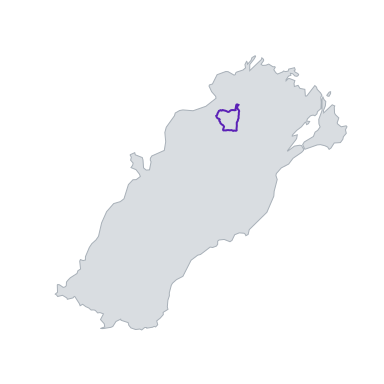 Isparta on a map of Turkey (orthographic projection), rotated 135°
{"feature_id": "TUR-2275", "entity_name": "Isparta", "entity_type": "Province", "adm_level": 1, "iso_a3": "TUR", "parent_name": "Turkey", "parent_adm1": "", "projection": "orthographic", "projection_center": [30.888, 37.933], "detail": "fine", "context": "in_parent", "style": "outline", "palette": "violet", "viewbox_px": 384, "rotation_deg": 135, "n_neighbors": 0, "source": "natural_earth", "source_scale": "10m", "svg_char_len": 4647}
<svg xmlns="http://www.w3.org/2000/svg" viewBox="0 0 384 384"><g transform="rotate(135 192 192)"><path d="M292.0,126.0L297.5,127.3L299.0,125.6L303.8,125.3L308.1,125.8L310.1,122.4L313.1,122.3L313.9,123.8L315.4,124.2L320.3,127.7L319.9,128.2L321.2,129.6L325.1,130.0L325.8,132.0L329.1,134.6L331.3,139.1L330.9,142.5L329.5,144.8L332.9,151.5L332.3,152.5L337.3,154.2L343.1,152.9L345.1,153.7L351.6,158.4L353.3,160.3L349.1,158.3L347.2,160.9L346.9,166.5L340.8,168.4L342.3,171.8L344.2,173.2L344.1,176.7L344.8,178.0L346.8,179.9L347.0,183.0L348.2,186.1L348.7,189.9L351.5,190.7L350.6,192.7L348.8,200.8L349.1,201.4L351.1,201.3L356.0,204.3L355.4,205.6L356.6,210.5L360.9,213.1L360.6,214.9L360.9,216.5L358.0,216.2L353.0,221.5L352.3,221.5L351.3,220.0L350.5,215.6L349.0,214.7L347.2,214.6L344.4,217.1L341.5,217.4L338.7,217.4L330.9,215.7L328.3,217.0L325.3,216.3L320.3,222.5L318.7,223.1L317.5,220.5L315.4,219.3L313.1,221.6L303.8,225.4L299.4,226.3L293.9,226.0L289.4,226.8L277.7,234.1L266.2,238.5L255.6,239.2L249.5,235.9L244.9,235.3L231.7,242.2L225.1,242.4L222.7,240.2L217.5,239.5L216.5,241.9L215.8,247.4L217.9,252.4L215.0,252.9L213.2,254.1L212.9,257.9L210.3,259.5L209.6,261.9L209.1,262.0L204.7,260.3L205.8,258.4L202.8,251.5L204.0,249.3L209.2,243.3L208.9,239.9L206.4,237.7L199.6,242.3L199.0,244.0L197.5,245.3L194.9,245.9L182.2,241.0L175.1,246.1L169.1,253.3L164.4,256.0L150.5,258.3L148.0,259.7L143.2,258.4L140.4,256.5L133.8,248.7L121.6,242.8L108.8,241.3L107.6,242.9L107.2,249.0L105.1,254.8L104.0,255.4L101.2,253.9L91.3,257.2L82.9,253.3L81.4,251.6L79.6,244.9L78.4,244.4L77.1,245.3L75.6,245.2L69.7,242.2L66.4,241.9L64.4,244.7L61.1,245.8L61.1,244.9L62.4,243.1L57.3,243.3L54.6,244.6L51.0,243.7L51.2,242.9L54.2,242.1L61.0,241.3L65.4,237.0L49.3,236.6L47.7,237.5L47.6,235.2L48.5,234.2L52.8,233.5L52.6,231.6L50.1,229.4L47.3,228.2L46.2,223.3L44.8,222.0L45.0,221.3L47.7,220.6L48.4,217.1L48.1,214.9L43.0,212.8L41.8,212.9L40.7,211.0L38.5,209.5L36.7,210.5L31.6,207.4L32.7,205.3L34.0,205.5L34.3,203.8L33.4,201.0L33.6,199.6L34.7,199.3L36.0,199.6L37.2,201.3L37.2,204.5L38.5,206.4L39.5,204.6L41.8,205.7L46.1,204.9L46.9,204.1L43.8,204.1L42.8,203.3L40.5,198.0L43.1,196.6L45.0,194.2L41.6,192.4L42.4,188.9L39.6,184.8L43.8,179.9L43.7,179.1L42.4,178.8L29.9,180.4L29.8,178.1L30.9,176.1L31.0,171.2L31.7,168.6L34.0,167.9L37.0,164.2L41.8,159.8L46.5,160.1L48.4,158.9L51.2,159.0L52.0,160.8L54.4,162.1L58.7,162.1L60.8,161.0L58.9,158.7L61.4,158.0L63.3,158.6L62.2,161.0L62.8,161.3L68.4,160.7L74.3,161.5L80.8,161.3L81.6,160.6L77.1,158.0L80.1,155.9L81.7,155.5L95.3,153.7L95.4,153.2L87.1,152.0L82.9,149.0L81.7,147.4L82.7,143.6L83.6,142.6L86.5,142.5L96.7,144.4L103.9,143.4L111.8,145.9L119.4,145.4L121.0,144.3L122.9,140.6L133.4,134.4L137.1,131.2L153.4,124.7L178.1,124.9L182.3,122.3L184.8,123.0L184.2,124.6L184.4,126.1L187.5,129.7L192.0,131.6L198.0,129.5L200.3,130.0L202.8,135.7L206.8,138.9L208.6,139.1L210.8,136.9L213.0,136.5L216.7,138.2L218.1,140.2L230.1,141.8L232.7,143.3L240.9,144.4L258.1,138.8L264.9,141.0L270.3,141.3L272.6,140.7L279.4,136.7L281.4,134.6L285.6,132.5L290.7,128.2L292.0,126.0ZM64.9,125.2L64.3,127.8L65.3,130.7L67.7,134.7L70.1,136.7L82.0,142.4L80.2,147.3L77.2,148.0L66.9,145.4L62.6,147.3L59.6,146.7L55.4,147.4L54.1,150.4L51.0,153.7L42.5,157.6L34.4,165.7L32.2,166.7L33.3,163.9L33.4,161.4L36.8,158.6L41.6,156.6L42.9,154.8L31.2,154.5L30.2,151.9L31.4,151.4L35.4,147.0L35.9,145.2L35.8,140.6L40.5,138.2L40.9,137.1L40.4,132.6L36.2,129.8L36.3,128.5L39.5,127.5L41.4,124.4L45.9,124.0L48.1,122.6L52.1,122.0L56.8,126.1L62.6,124.8L64.9,125.2ZM28.3,165.1L24.3,165.6L23.1,164.9L24.4,163.6L27.5,162.8L28.4,164.2L28.3,165.1Z" fill="#d9dde1" stroke="#a8b0b8" stroke-width="1"/><path d="M119.7,206.1L120.2,207.7L121.6,208.9L122.7,210.3L123.9,211.3L124.5,211.5L124.9,212.1L126.2,213.3L126.1,214.0L125.0,214.7L123.7,215.2L123.1,215.6L122.8,217.1L123.2,218.8L123.2,220.6L122.5,221.8L122.4,222.9L121.9,223.6L121.1,223.8L121.1,224.6L121.5,225.3L121.8,226.1L121.6,227.5L121.1,228.7L120.2,228.6L119.3,228.9L118.4,229.5L117.5,229.7L115.6,230.3L114.0,229.7L113.8,229.0L113.4,228.5L112.9,228.4L112.6,228.5L112.2,228.1L112.1,227.7L111.0,226.0L110.5,224.9L109.9,223.1L108.9,222.5L107.7,222.5L106.5,222.2L105.7,221.6L105.0,220.9L104.2,219.8L103.3,219.1L102.5,220.0L102.0,220.3L101.5,220.6L99.5,222.0L98.8,222.3L98.2,222.1L97.8,221.4L97.6,220.7L99.0,220.6L100.3,219.9L100.9,218.8L101.1,216.5L101.5,215.8L102.7,215.1L104.3,213.5L105.0,213.1L105.9,212.3L106.8,211.3L107.5,211.0L108.2,210.8L109.2,210.0L109.5,209.9L109.9,209.9L111.3,209.4L112.4,208.3L113.5,207.1L115.7,205.3L116.6,204.3L116.9,204.0L117.4,204.1L117.7,204.3L118.0,204.6L118.8,205.7L119.2,206.0L119.7,206.1Z" fill="none" stroke="#5b21b6" stroke-width="2"/></g></svg>